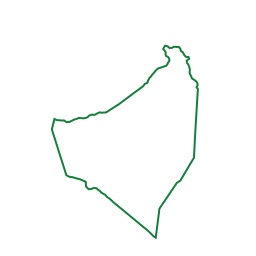 Major Isidoro, Alagoas, Brazil (Natural Earth projection), rotated 290°
{"feature_id": "56859067B9836424161679", "entity_name": "Major Isidoro", "entity_type": "district", "adm_level": 2, "iso_a3": "BRA", "parent_name": "Brazil", "parent_adm1": "Alagoas", "projection": "natural_earth1", "projection_center": [-36.973, -9.523], "detail": "fine", "context": "isolated", "style": "outline", "palette": "green", "viewbox_px": 256, "rotation_deg": 290, "n_neighbors": 0, "source": "geoboundaries", "source_scale": "gbopen_adm2", "svg_char_len": 1558}
<svg xmlns="http://www.w3.org/2000/svg" viewBox="0 0 256 256"><g transform="rotate(290 128 128)"><path d="M96.5,195.2L121.0,199.8L122.6,200.2L142.2,194.1L188.6,180.3L189.8,178.5L191.9,178.8L193.7,178.0L195.0,176.3L195.8,174.1L196.4,171.3L198.5,169.3L200.2,167.4L201.9,166.7L203.7,166.3L205.8,165.1L208.1,163.1L209.5,161.1L211.4,160.1L213.9,161.8L215.4,160.6L214.7,158.4L215.5,156.4L216.7,154.9L218.0,153.6L218.4,151.5L220.3,150.1L221.6,148.0L220.8,146.1L220.0,143.2L218.2,141.8L217.4,139.5L218.4,137.1L218.0,134.7L216.0,134.3L214.3,134.1L213.3,135.7L212.1,137.5L210.4,137.9L208.8,139.0L208.3,141.7L206.8,143.4L205.1,143.9L203.1,143.3L201.2,143.2L199.6,142.7L194.0,135.7L191.7,134.5L189.7,133.8L188.0,133.2L186.4,132.5L184.5,132.0L182.2,131.0L179.4,130.6L177.2,130.8L175.1,128.7L172.5,128.0L159.6,119.4L152.4,114.7L147.4,111.4L135.1,102.0L134.2,99.8L133.4,98.1L132.9,95.8L130.9,93.9L128.9,92.1L128.2,89.4L126.4,87.2L124.2,86.3L122.7,84.4L121.8,82.7L121.2,80.4L120.6,78.3L118.8,76.4L117.3,74.3L115.6,72.8L113.7,70.9L112.5,68.2L113.2,65.2L112.2,62.7L111.7,60.4L111.1,58.5L111.4,55.8L100.7,56.9L85.1,68.9L81.1,71.9L79.3,73.3L62.6,86.2L62.2,88.3L62.2,90.4L62.8,92.6L62.9,95.5L63.1,97.7L63.4,99.8L63.3,102.1L63.2,104.7L63.0,106.7L61.1,107.5L58.8,108.5L57.0,111.8L58.1,114.4L59.9,116.2L60.6,119.1L59.7,121.0L59.3,122.9L58.3,124.7L57.8,126.9L57.4,129.5L56.1,131.7L55.3,134.8L54.5,136.9L53.7,138.5L40.4,175.8L38.2,182.2L34.8,189.5L34.4,191.6L57.4,186.4L59.9,185.8L62.9,185.1L66.9,186.1L93.2,192.7L96.5,195.2Z" fill="none" stroke="#15803d" stroke-width="2"/></g></svg>